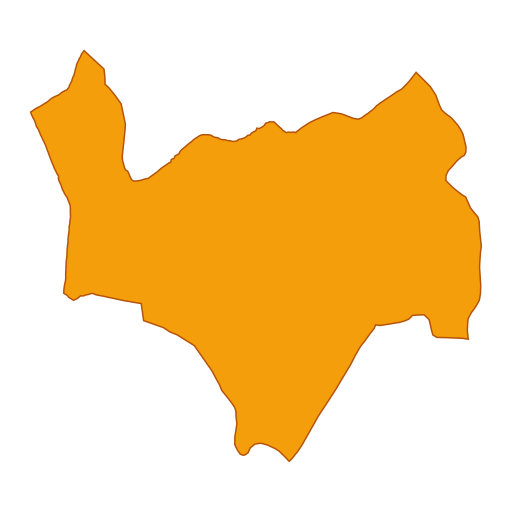 the district of Thies, Thiès, Senegal
{"feature_id": "50182788B65872214095625", "entity_name": "Thies", "entity_type": "district", "adm_level": 2, "iso_a3": "SEN", "parent_name": "Senegal", "parent_adm1": "Thiès", "projection": "natural_earth1", "projection_center": [-16.945, 14.73], "detail": "fine", "context": "isolated", "style": "filled", "palette": "amber", "viewbox_px": 512, "rotation_deg": 0, "n_neighbors": 0, "source": "geoboundaries", "source_scale": "gbopen_adm2", "svg_char_len": 5003}
<svg xmlns="http://www.w3.org/2000/svg" viewBox="0 0 512 512"><path d="M416.1,72.4L413.1,76.2L409.3,81.2L406.3,84.5L401.5,89.3L396.9,91.7L391.2,95.7L384.4,100.2L380.6,102.8L377.9,104.8L376.6,105.7L373.9,108.7L368.0,113.3L365.0,115.3L361.4,118.0L358.3,119.1L358.2,119.2L353.6,118.4L348.8,116.6L342.6,114.2L338.5,113.3L335.4,112.9L332.8,112.5L328.9,114.2L322.2,116.8L315.5,119.7L309.5,122.6L301.5,127.9L295.7,132.4L295.7,132.6L293.8,132.0L291.5,132.2L290.5,132.4L289.2,132.1L287.8,132.3L286.6,132.6L285.0,131.9L284.0,131.0L282.6,130.3L281.2,128.4L279.9,127.5L278.5,126.1L276.7,124.6L275.6,123.4L274.7,122.5L273.7,121.8L271.4,122.0L269.9,121.7L267.7,122.6L265.9,123.1L264.8,124.4L264.2,125.5L262.4,126.8L261.4,127.4L260.1,128.1L259.1,128.6L256.9,128.1L256.0,130.4L254.9,131.3L252.8,132.2L251.3,133.3L250.0,135.0L247.8,135.3L246.6,136.4L245.2,137.5L243.0,138.4L240.8,139.0L238.7,139.4L236.8,140.9L234.1,141.4L232.4,141.4L229.9,140.7L227.5,140.6L226.8,140.3L225.0,139.7L222.0,139.7L219.9,139.0L217.9,137.8L215.2,137.3L213.1,136.8L211.7,135.5L209.0,134.8L206.3,134.7L203.0,134.7L201.0,135.1L199.4,135.8L197.5,137.1L196.0,138.0L193.8,139.5L191.9,141.3L189.9,142.8L187.4,144.8L185.5,146.6L183.4,148.2L181.6,149.7L180.0,151.5L178.8,154.0L177.0,154.9L175.1,155.8L174.1,158.2L173.4,158.7L172.0,159.1L171.1,159.8L170.8,162.1L169.9,162.7L169.4,162.6L161.3,168.2L157.0,172.0L153.1,174.8L150.4,176.7L148.4,178.3L145.6,178.8L144.0,179.3L140.8,180.3L138.3,180.7L134.1,181.2L131.8,180.0L130.5,177.7L127.8,171.3L125.5,169.8L124.6,167.9L123.9,165.5L123.2,162.8L122.7,161.1L122.2,156.8L122.7,152.1L123.3,146.4L124.1,139.2L125.0,130.0L125.4,124.2L121.2,104.0L115.2,95.6L108.9,87.8L105.1,84.3L104.9,77.8L104.9,77.1L104.0,69.1L99.4,64.8L90.9,57.0L84.1,50.6L83.6,51.3L82.7,52.4L81.8,53.6L81.2,54.8L80.5,56.8L79.5,58.1L78.6,60.3L77.8,61.9L77.2,63.0L76.6,64.6L76.3,65.9L76.1,67.2L75.4,69.1L75.1,70.6L74.8,72.2L74.4,73.3L74.2,74.9L74.0,75.1L73.1,76.8L72.5,78.3L72.1,79.5L71.7,81.2L71.3,82.0L70.7,82.9L70.1,84.4L69.2,85.7L69.1,87.1L67.7,88.7L67.1,89.7L65.7,90.4L64.7,90.8L63.0,91.7L60.7,93.2L59.0,94.8L57.5,95.4L56.2,96.0L54.5,96.7L53.1,97.5L51.5,98.3L50.2,99.5L48.9,100.6L47.6,101.6L46.6,102.5L45.7,102.9L45.5,103.0L43.4,104.3L41.3,105.7L39.4,106.7L37.2,107.8L35.5,108.8L34.3,109.5L32.6,110.8L31.2,111.7L30.7,112.0L31.4,114.5L32.3,116.2L32.9,117.7L33.9,119.2L34.8,121.3L35.5,123.3L35.9,124.5L36.2,125.8L37.2,127.7L38.5,129.7L39.2,131.5L40.0,133.3L40.6,135.1L41.8,137.2L42.8,139.7L43.9,141.7L45.1,144.3L45.9,146.3L46.6,148.1L47.3,150.3L48.2,152.4L48.8,154.1L49.4,155.8L50.1,157.5L50.9,159.8L51.8,162.1L52.6,163.9L53.6,166.3L54.4,168.6L55.5,170.5L56.4,172.5L57.1,173.9L57.7,174.7L58.6,176.1L58.3,178.4L59.3,181.6L60.9,184.6L62.1,188.6L63.0,190.5L63.2,190.8L64.5,193.5L65.8,195.7L67.0,197.2L67.9,199.7L68.9,202.0L69.7,204.3L70.2,205.8L70.3,207.2L70.4,209.1L70.3,210.7L70.4,212.8L70.4,214.3L70.5,216.6L70.3,218.8L70.0,220.5L69.8,223.0L69.4,225.3L69.1,227.3L69.2,228.9L69.1,230.8L68.8,232.9L68.4,235.4L68.3,237.2L68.0,238.8L68.0,241.1L68.0,242.7L67.5,245.2L67.4,247.1L67.1,249.3L67.1,251.9L67.0,253.8L66.9,256.3L66.5,259.0L66.2,261.8L66.1,264.0L66.0,266.3L66.0,268.9L65.8,271.3L65.7,273.6L65.7,276.0L65.7,278.4L65.5,280.5L65.2,282.1L64.6,284.5L64.3,286.4L64.0,288.6L63.8,291.5L63.7,293.2L67.1,295.3L69.0,297.5L73.5,300.3L75.1,299.6L77.2,298.6L80.5,295.9L83.4,295.9L86.0,294.9L88.9,294.4L91.0,293.5L93.2,293.6L96.0,294.8L105.2,296.6L124.3,300.7L141.3,303.6L141.3,303.9L143.6,320.6L163.6,327.7L169.9,331.9L177.2,334.9L194.3,345.6L199.9,353.6L211.9,370.8L216.1,378.6L219.4,384.7L221.9,390.6L227.4,397.4L231.3,402.5L234.7,407.4L235.9,411.2L236.1,417.5L236.9,423.6L236.0,429.8L234.9,436.6L234.8,444.7L237.4,450.1L240.3,454.2L243.4,455.3L245.6,454.6L248.1,452.7L250.3,447.8L254.9,444.1L260.6,443.2L266.9,444.8L275.2,448.6L279.2,451.2L285.6,457.5L288.1,460.2L288.8,460.9L289.1,461.2L289.2,461.3L291.8,458.8L297.2,452.1L301.8,445.4L307.2,435.8L312.6,426.3L318.0,416.7L321.2,411.7L327.7,401.9L336.4,388.4L341.3,380.0L350.7,364.4L355.3,355.4L360.5,346.4L365.0,340.7L369.9,333.9L374.3,328.3L375.5,324.9L379.8,325.5L390.3,323.9L393.7,323.3L399.9,322.3L405.0,320.8L407.7,319.6L408.9,319.1L410.0,317.9L412.6,315.4L417.7,315.0L423.9,314.8L426.1,316.6L429.1,319.7L430.1,323.7L431.4,329.8L432.1,332.2L432.8,334.9L436.8,337.4L448.4,337.7L462.4,338.3L468.3,339.2L468.2,338.9L467.3,330.1L467.6,324.1L468.1,318.7L471.4,312.6L475.1,307.6L477.2,304.1L479.4,300.1L480.5,293.0L480.7,285.7L480.7,284.8L479.6,268.5L479.6,265.5L479.9,260.5L480.5,252.2L481.1,247.6L481.3,246.1L481.3,245.8L480.8,241.4L479.7,231.3L479.2,222.1L479.2,221.7L478.0,217.2L473.3,211.5L470.6,208.1L465.6,196.9L462.4,195.1L456.6,190.6L452.8,187.5L448.4,183.1L445.9,180.5L446.0,175.5L448.4,170.4L451.5,167.2L456.8,161.0L461.3,157.0L464.2,155.5L465.8,152.2L466.0,148.0L466.0,146.8L464.7,141.6L464.1,138.7L462.9,134.0L460.6,129.5L457.5,124.8L451.6,118.1L445.4,113.4L441.5,109.7L439.3,104.8L435.8,95.1L430.3,86.6L424.2,80.4L416.1,72.4Z" fill="#f59e0b" stroke="#b45309" stroke-width="1.5"/></svg>